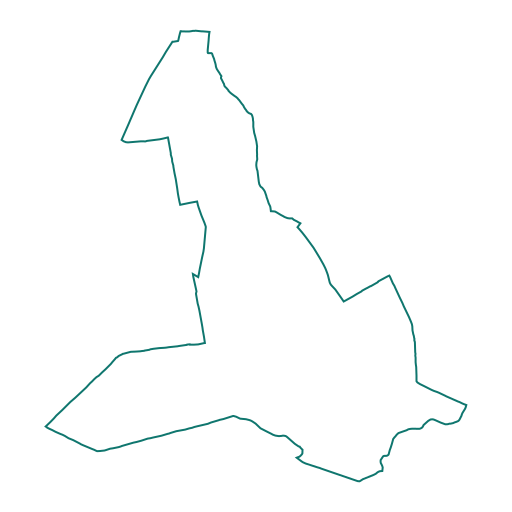 Bang Kapi, Bangkok Metropolis, Thailand
{"feature_id": "78962969B79450703987233", "entity_name": "Bang Kapi", "entity_type": "district", "adm_level": 2, "iso_a3": "THA", "parent_name": "Thailand", "parent_adm1": "Bangkok Metropolis", "projection": "orthographic", "projection_center": [100.64, 13.779], "detail": "fine", "context": "isolated", "style": "outline", "palette": "teal", "viewbox_px": 512, "rotation_deg": 0, "n_neighbors": 0, "source": "geoboundaries", "source_scale": "gbopen_adm2", "svg_char_len": 6022}
<svg xmlns="http://www.w3.org/2000/svg" viewBox="0 0 512 512"><path d="M389.3,275.6L387.5,276.4L378.6,281.2L377.9,281.8L377.8,282.2L370.8,286.2L370.4,286.2L367.2,288.0L366.5,288.3L362.1,290.7L361.5,291.4L356.8,294.0L352.6,296.6L343.7,301.5L339.9,296.0L335.3,289.5L332.2,286.2L330.8,284.6L330.3,283.7L329.8,282.7L329.3,280.8L327.9,275.1L327.1,272.8L325.8,269.4L325.1,267.8L323.5,264.6L319.9,258.2L315.9,251.6L313.5,247.7L305.9,237.3L302.3,232.7L299.5,229.4L297.5,227.2L300.4,223.3L299.9,223.0L298.8,222.5L296.8,221.3L293.8,219.8L292.2,218.4L289.3,218.4L287.4,218.1L284.3,216.9L283.8,216.5L280.6,214.8L277.0,212.6L275.2,211.6L274.0,211.4L270.9,211.2L270.5,208.0L270.2,206.4L268.6,203.1L267.7,200.2L266.6,197.2L266.3,195.8L264.8,191.5L263.7,189.7L262.2,187.8L260.8,186.8L260.4,186.3L259.3,184.2L258.8,181.8L257.5,170.9L256.9,169.2L256.5,167.2L256.3,165.6L256.3,164.5L256.5,162.2L257.2,159.5L257.2,158.7L257.0,155.6L257.1,154.9L256.9,149.8L257.0,148.8L257.0,147.8L257.1,146.4L256.4,141.6L255.1,136.0L254.2,132.9L253.3,126.8L253.3,122.0L253.0,120.2L252.9,118.4L252.5,116.7L252.2,115.8L251.9,115.0L251.3,114.2L251.0,113.9L250.5,113.8L249.9,113.5L249.1,113.2L248.2,112.6L248.1,112.4L247.5,112.0L247.2,111.7L246.8,111.1L246.6,111.0L246.5,110.7L245.7,109.5L244.9,108.6L244.5,107.8L243.9,106.9L243.3,105.5L241.7,103.6L239.0,99.9L238.5,99.5L237.6,98.3L236.0,96.9L234.6,96.0L231.5,93.7L230.3,92.7L229.5,91.9L228.9,91.2L228.6,91.0L228.2,90.1L226.3,87.9L225.3,87.0L224.4,85.8L223.9,83.7L223.4,83.0L222.5,81.1L221.9,79.9L221.6,79.4L221.0,78.2L221.0,77.9L221.0,77.4L221.1,76.9L221.4,76.4L221.4,76.1L220.2,74.4L219.5,73.1L217.8,70.6L216.7,68.8L216.1,67.2L215.8,66.0L215.8,65.3L215.3,63.2L214.4,60.3L214.1,59.0L213.5,57.5L212.9,56.1L212.1,53.7L211.7,53.3L211.3,53.1L208.1,53.1L207.9,53.0L207.7,52.5L207.7,50.1L208.6,40.5L208.8,37.7L209.1,34.4L209.5,31.9L203.4,31.4L201.1,31.3L195.5,30.7L194.6,30.9L192.7,30.9L191.2,31.2L188.9,31.5L182.6,31.4L181.2,31.4L181.1,31.2L180.6,31.2L180.0,33.1L179.0,37.1L178.4,40.0L178.1,40.9L178.0,41.0L173.6,41.7L172.6,41.9L172.4,41.8L165.9,51.9L162.8,57.2L150.8,76.1L149.0,79.2L145.3,86.6L136.8,104.9L133.5,112.5L131.2,117.9L130.4,119.7L128.8,123.5L121.6,139.9L123.5,141.2L124.4,141.6L126.0,142.2L128.0,142.4L141.2,141.3L145.5,141.4L147.0,140.9L159.7,139.3L163.5,138.5L167.9,137.4L168.0,137.6L170.8,153.1L170.8,154.7L172.0,158.7L172.2,161.6L173.3,165.5L173.4,166.8L174.5,173.1L175.8,179.3L176.1,181.3L177.2,188.3L177.9,193.5L178.5,196.9L179.5,201.9L180.2,204.8L190.0,202.8L197.1,201.5L197.9,205.1L198.7,207.7L201.4,215.4L204.4,222.7L205.6,226.1L205.8,227.0L203.9,248.4L203.4,251.7L202.2,257.0L199.8,268.7L199.0,273.3L198.2,277.1L192.9,274.0L193.3,276.8L195.7,287.7L196.5,291.4L196.0,293.5L196.1,294.5L197.7,303.7L198.5,306.5L199.4,310.6L201.9,324.3L202.5,327.9L202.8,330.2L204.0,336.9L204.9,343.0L204.1,343.1L198.2,344.4L193.5,344.7L190.1,344.7L189.9,344.7L189.8,344.3L189.7,344.3L187.0,344.6L186.8,344.7L186.7,344.9L179.0,346.0L177.5,346.3L168.7,347.2L166.3,347.6L164.3,347.8L159.2,348.1L153.4,348.8L150.4,349.3L149.3,349.8L144.5,350.6L144.2,350.8L142.1,351.0L140.2,351.3L135.6,351.6L130.8,351.8L123.3,353.8L122.9,353.8L122.5,354.0L122.3,354.2L118.6,356.0L117.2,357.3L116.0,357.8L114.8,359.3L112.5,361.9L110.8,364.0L105.4,369.4L102.1,372.4L98.9,375.6L98.5,375.9L96.5,377.1L94.2,379.2L92.0,381.5L90.1,383.2L86.3,387.4L75.3,397.7L70.3,402.0L62.3,410.0L56.3,415.6L53.9,418.4L50.5,421.9L45.7,426.5L46.9,427.3L47.1,427.6L49.4,428.8L52.3,430.1L55.5,431.8L60.5,434.0L62.4,434.7L64.8,435.9L68.5,438.2L73.2,440.1L80.1,443.7L80.6,444.1L82.8,445.1L88.8,447.6L91.9,448.9L94.2,449.8L96.0,450.7L97.0,451.1L98.4,451.1L100.1,451.0L104.6,450.5L106.2,450.0L110.1,448.7L112.9,448.3L118.7,447.1L120.7,446.5L121.8,446.0L133.6,442.6L136.5,442.0L141.3,440.7L147.7,438.6L150.4,438.2L153.2,437.5L161.5,435.7L167.8,433.8L168.9,433.6L170.4,433.0L176.3,431.2L185.2,429.6L189.2,428.4L192.1,427.8L194.3,427.0L196.7,426.4L207.9,423.8L211.0,422.5L218.8,420.2L219.5,419.9L223.6,419.0L224.5,418.7L233.0,416.0L233.6,416.0L236.1,416.7L239.8,418.5L240.5,418.7L245.9,419.2L249.1,420.0L250.6,420.5L252.3,421.4L255.6,423.6L260.5,428.3L266.5,431.4L271.3,433.8L272.9,434.7L275.4,435.6L278.7,436.1L279.3,436.1L281.7,435.9L282.5,435.7L284.0,435.7L285.5,436.0L286.3,436.4L287.2,437.1L294.8,443.8L298.6,446.4L299.8,446.7L300.0,447.2L301.6,448.9L302.5,449.7L302.4,453.3L302.2,453.8L301.8,454.4L300.7,455.6L299.7,456.5L298.7,457.0L297.4,457.4L296.7,457.7L301.6,461.4L302.8,462.2L305.6,463.5L317.3,467.3L319.8,468.0L321.2,468.6L357.6,481.1L359.4,481.3L360.3,480.9L362.9,479.2L373.1,475.1L374.2,474.6L375.9,473.7L377.4,472.4L378.6,471.7L379.9,471.2L382.3,471.0L382.7,467.6L382.4,466.4L381.5,464.3L380.9,463.3L380.7,462.5L380.6,461.8L380.6,460.7L380.7,460.0L382.8,456.8L383.3,456.2L384.1,455.9L386.7,455.8L387.2,455.6L387.9,455.2L388.6,454.5L389.8,450.0L390.7,447.6L391.9,443.8L393.2,439.0L394.5,437.3L395.3,436.5L396.7,434.7L398.0,433.5L398.4,433.1L403.8,431.2L405.9,430.5L406.9,430.1L408.3,429.3L410.3,428.9L412.5,428.7L417.8,428.8L419.4,428.8L419.9,428.7L421.1,428.2L421.8,427.8L422.8,426.7L423.6,425.0L428.2,420.9L429.5,420.1L430.5,419.5L431.4,419.4L432.4,419.3L433.6,419.5L435.6,420.3L440.7,422.6L444.5,424.0L445.4,424.3L447.8,424.2L449.4,423.7L450.4,423.7L453.1,423.1L454.6,422.4L456.2,421.9L458.1,421.1L458.8,420.5L459.5,419.6L461.5,415.7L461.8,414.5L462.5,412.9L465.0,408.9L465.7,407.3L466.3,405.0L463.8,404.1L462.0,403.3L459.4,402.0L458.2,401.6L446.2,396.3L445.3,395.8L438.8,392.7L437.1,392.0L433.9,390.9L431.6,389.9L423.9,386.0L420.0,384.1L417.5,382.5L416.8,381.7L416.5,381.2L416.5,380.9L416.5,375.8L416.2,367.0L415.9,365.0L415.6,362.2L415.6,360.4L415.6,357.7L415.4,356.3L415.3,355.5L415.5,353.8L415.3,352.9L415.2,351.9L414.9,342.5L414.7,341.2L414.4,340.8L414.4,340.6L414.3,339.9L414.4,339.7L414.4,338.6L414.2,338.2L413.8,335.8L413.3,334.3L412.5,330.4L412.3,326.3L411.9,324.2L411.0,321.8L409.0,317.1L403.7,306.1L402.4,303.0L399.8,297.7L395.4,288.2L394.3,285.7L392.9,283.4L390.1,277.0L389.3,275.6Z" fill="none" stroke="#0f766e" stroke-width="2"/></svg>